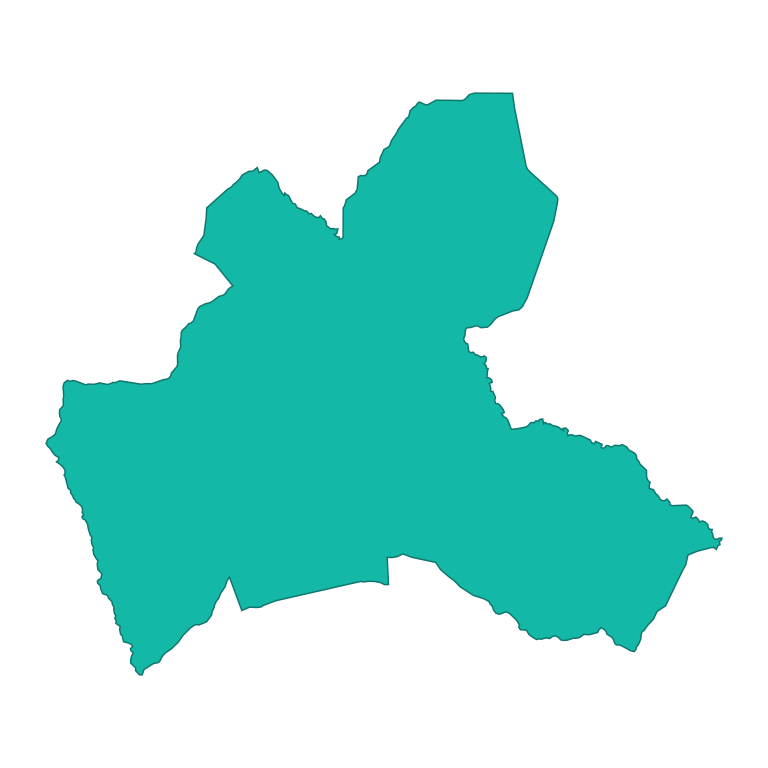 outline of Paraíso das Águas, Mato Grosso do Sul, Brazil
{"feature_id": "56859067B51876233967063", "entity_name": "Paraíso das Águas", "entity_type": "district", "adm_level": 2, "iso_a3": "BRA", "parent_name": "Brazil", "parent_adm1": "Mato Grosso do Sul", "projection": "robinson", "projection_center": [-53.129, -19.185], "detail": "fine", "context": "isolated", "style": "filled", "palette": "teal", "viewbox_px": 768, "rotation_deg": 0, "n_neighbors": 0, "source": "geoboundaries", "source_scale": "gbopen_adm2", "svg_char_len": 6060}
<svg xmlns="http://www.w3.org/2000/svg" viewBox="0 0 768 768"><path d="M716.2,549.4L718.1,545.5L720.0,544.6L719.3,541.3L721.4,540.1L721.9,538.1L719.3,538.2L716.9,539.3L714.4,539.0L713.3,537.4L712.6,534.0L711.6,531.7L712.2,529.4L710.0,529.4L708.2,527.7L707.8,524.7L705.3,522.1L702.2,520.9L699.5,522.0L698.4,519.6L695.9,517.0L692.8,518.4L690.7,516.9L692.6,513.5L693.0,511.2L688.1,506.1L686.1,505.1L672.2,505.7L669.6,504.6L669.9,502.3L666.9,499.0L664.7,500.7L662.1,500.6L660.2,499.4L657.9,495.4L656.0,494.0L653.4,489.7L649.2,488.3L649.4,484.8L650.1,482.3L648.0,480.6L646.6,477.2L646.5,470.3L640.0,464.1L638.9,461.6L636.8,458.9L636.4,455.7L635.2,453.7L631.9,451.5L629.4,450.5L626.5,446.8L622.2,444.6L619.8,445.7L614.9,445.3L611.4,447.2L608.8,445.9L606.4,445.5L604.9,447.4L602.8,448.4L601.2,447.3L602.1,444.4L595.6,441.4L594.3,443.8L591.6,442.6L590.3,440.0L580.7,435.5L577.9,435.5L575.6,436.1L571.6,434.7L569.7,434.9L568.0,435.8L567.3,432.8L568.4,430.8L566.0,428.1L563.0,428.4L563.5,430.7L557.9,426.8L552.5,425.5L550.3,424.0L547.4,423.9L545.1,422.4L543.7,423.8L542.6,418.9L539.6,419.5L538.2,421.1L535.9,420.9L533.8,422.9L531.9,422.4L530.0,423.2L528.7,425.2L526.4,426.9L517.5,428.7L511.3,429.4L507.9,420.3L506.3,418.1L503.8,416.7L501.7,413.7L504.3,412.5L503.1,409.4L499.8,404.9L498.1,403.8L495.7,403.5L494.7,400.6L495.4,397.4L492.9,391.5L490.4,391.0L490.8,388.5L489.4,383.2L492.2,382.4L491.5,379.6L489.5,378.1L486.9,377.6L487.5,370.7L488.2,368.7L486.4,368.1L486.1,365.6L484.1,363.8L486.0,361.2L486.3,357.6L484.3,355.9L482.1,357.0L479.6,356.4L477.5,355.1L475.5,354.7L473.1,352.2L470.8,352.7L468.8,351.6L467.7,344.0L465.6,342.9L463.9,340.3L463.8,337.8L464.9,335.9L465.4,330.1L466.6,327.9L470.5,327.5L477.0,325.6L481.2,327.7L487.6,327.1L491.2,323.8L494.8,319.2L498.1,316.7L512.3,311.1L519.0,309.8L522.5,306.5L527.2,297.8L553.7,221.5L557.2,203.9L557.8,198.8L556.8,196.3L528.9,170.9L527.4,169.0L526.2,166.4L514.6,108.3L512.5,93.3L474.6,93.1L469.3,94.6L465.2,99.1L462.9,100.5L436.0,100.2L428.0,104.6L426.0,105.0L419.4,102.0L417.3,103.6L415.6,106.2L413.6,107.3L410.1,110.7L408.7,116.9L406.5,118.2L398.1,129.6L397.0,132.4L391.4,140.7L389.5,145.9L387.3,147.7L384.0,149.4L380.3,157.6L379.5,162.2L368.0,170.6L366.6,174.6L363.9,175.8L360.9,175.5L358.3,176.7L357.2,189.2L355.1,193.2L346.3,199.8L344.7,205.6L343.2,208.0L343.1,237.3L341.5,238.9L339.2,239.2L339.4,237.1L337.0,236.8L334.3,234.6L336.8,233.5L337.9,228.9L335.7,229.2L333.3,228.5L330.8,228.8L328.1,226.9L326.6,225.7L325.9,221.5L324.3,219.1L322.0,218.1L320.4,215.7L319.1,217.4L316.3,217.4L313.5,215.7L311.3,213.5L309.0,213.8L306.9,211.2L304.6,210.8L299.7,208.4L297.3,207.9L295.3,204.1L292.5,203.2L288.4,195.4L286.5,194.6L284.8,193.0L283.9,195.4L282.1,193.2L279.3,188.6L277.9,182.7L276.3,180.2L272.2,174.8L267.4,170.5L264.5,170.0L259.2,172.7L257.2,167.6L252.8,171.1L248.9,171.3L242.2,175.0L239.6,179.1L235.4,183.1L233.5,184.4L231.6,186.8L227.4,189.4L206.7,207.9L206.2,217.8L203.9,235.3L198.1,244.0L196.6,247.8L196.1,251.7L194.4,253.7L215.0,264.0L232.8,285.9L229.3,288.3L227.6,290.1L224.9,294.1L223.2,295.2L218.7,296.5L212.7,301.2L209.9,302.7L205.3,303.8L199.5,306.7L197.8,308.9L193.3,321.1L190.9,323.0L188.7,323.8L186.5,326.5L182.3,330.3L181.3,332.2L181.1,337.2L180.4,340.2L180.7,347.2L178.2,352.5L177.5,355.5L177.6,364.6L176.8,366.8L171.4,373.0L170.9,375.6L168.9,378.2L166.3,379.3L163.5,379.6L151.8,383.7L146.5,383.6L141.0,384.2L119.8,380.8L115.4,382.6L113.2,382.4L109.3,384.1L107.0,384.4L99.6,382.9L94.3,384.3L88.1,384.1L85.9,384.9L75.4,381.0L72.7,380.5L70.2,381.4L67.5,380.3L64.1,383.0L63.1,386.7L63.7,395.8L63.2,398.7L63.3,405.6L59.7,409.7L59.4,413.2L60.0,416.9L61.3,419.1L61.1,421.3L59.3,423.9L56.8,429.0L55.3,434.2L51.9,436.9L47.9,439.1L46.1,443.3L47.6,446.0L50.9,449.4L52.2,451.8L55.1,455.3L59.0,457.7L58.4,460.1L56.5,461.9L60.6,464.7L63.0,467.0L65.0,470.2L65.1,473.2L64.1,475.1L65.3,477.1L68.2,488.6L70.5,489.8L70.6,492.9L72.5,495.5L73.7,498.5L75.2,499.9L76.0,502.1L79.7,504.5L81.6,506.5L82.5,509.2L82.3,512.7L83.6,514.9L81.9,516.7L82.9,518.8L84.9,519.6L87.5,524.0L88.5,529.6L90.4,535.4L92.0,537.4L91.3,540.1L92.0,544.5L93.6,547.3L93.0,550.4L93.9,554.5L96.3,558.8L98.0,560.9L97.2,564.0L97.9,569.8L100.1,571.7L102.0,574.4L101.1,576.5L101.3,578.6L98.7,579.5L97.3,581.3L97.9,583.5L100.2,585.6L100.7,588.8L102.7,593.7L107.5,595.3L108.5,598.1L112.1,601.9L112.3,604.2L113.9,607.1L113.8,610.4L114.7,614.0L115.9,615.6L114.8,618.4L116.3,620.5L115.9,623.4L120.3,626.5L119.6,628.9L120.6,634.4L122.2,635.9L123.6,641.8L128.1,642.9L131.2,644.3L132.6,646.4L130.4,648.8L131.2,651.1L133.3,652.6L131.6,656.0L130.7,659.7L130.6,663.0L135.6,667.8L135.6,670.7L139.5,674.8L142.2,674.9L144.0,669.5L152.5,664.1L154.3,663.3L158.0,662.7L159.6,661.5L161.9,657.0L165.0,653.2L171.4,648.8L178.3,642.1L182.9,635.5L190.4,627.9L194.1,625.3L196.1,624.6L199.1,624.9L206.6,621.8L211.6,615.0L211.9,612.1L214.1,607.4L214.8,604.4L216.4,601.2L218.6,598.4L220.7,593.2L225.0,586.9L226.8,581.3L229.4,576.9L241.8,610.5L249.7,607.1L256.7,607.5L260.9,607.0L263.6,605.3L275.9,600.7L360.8,581.4L363.4,582.0L368.2,581.3L374.3,581.4L380.3,582.5L384.6,584.6L388.5,584.5L387.2,557.4L391.9,557.5L397.0,556.7L402.9,553.9L412.3,557.4L435.7,562.4L440.7,569.8L449.9,577.6L454.2,580.6L460.1,586.8L473.4,595.4L483.6,598.6L488.9,601.4L490.1,603.9L492.3,606.3L493.5,609.9L495.9,613.1L498.8,614.2L502.6,613.2L505.2,611.9L507.7,612.4L510.1,614.0L516.5,620.0L519.5,625.1L518.8,627.3L520.4,629.7L526.5,630.1L528.8,634.3L531.3,636.4L536.5,639.5L539.1,638.9L541.2,639.2L545.9,637.9L549.9,638.5L552.5,636.4L555.5,635.8L558.4,637.4L561.0,640.0L563.4,640.4L567.2,640.2L572.7,638.4L577.8,638.0L579.9,637.3L583.8,634.4L589.3,634.7L597.6,632.5L598.9,629.7L601.4,627.7L604.6,629.7L606.2,631.7L606.9,634.1L611.7,637.1L613.7,640.0L614.6,643.2L616.4,644.9L619.5,645.0L621.7,645.8L630.4,650.6L634.0,651.6L635.9,649.7L636.4,646.9L638.1,645.1L639.4,642.4L640.8,638.8L641.1,634.6L641.9,632.1L644.1,630.3L647.6,625.4L653.4,619.2L657.1,611.4L665.5,605.9L682.8,570.0L685.8,564.7L687.9,555.1L696.9,551.3L710.7,547.7L713.7,547.4L716.2,549.4Z" fill="#14b8a6" stroke="#0f766e" stroke-width="1.5"/></svg>